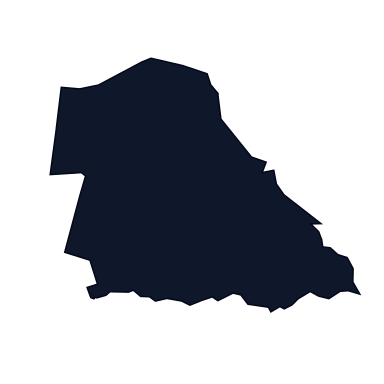 Otsego, New York, United States of America (Equal Earth projection), rotated 256°
{"feature_id": "52423323B75499738856279", "entity_name": "Otsego", "entity_type": "district", "adm_level": 2, "iso_a3": "USA", "parent_name": "United States of America", "parent_adm1": "New York", "projection": "equal_earth", "projection_center": [-75.145, 42.611], "detail": "fine", "context": "isolated", "style": "filled", "palette": "ink", "viewbox_px": 384, "rotation_deg": 256, "n_neighbors": 0, "source": "geoboundaries", "source_scale": "gbopen_adm2", "svg_char_len": 967}
<svg xmlns="http://www.w3.org/2000/svg" viewBox="0 0 384 384"><g transform="rotate(256 192 192)"><path d="M124.8,67.1L114.1,68.2L112.1,71.0L113.2,72.4L112.3,74.2L112.6,83.5L115.1,88.3L110.2,106.2L110.9,111.3L103.1,116.9L100.7,125.3L95.0,130.1L94.8,141.9L88.8,155.4L82.7,162.6L84.5,175.5L85.3,186.3L80.3,190.8L84.0,207.3L80.3,214.5L69.6,219.1L61.7,238.3L56.6,239.5L59.6,249.6L56.3,253.2L58.2,261.6L62.7,269.1L66.9,282.6L60.4,289.6L55.4,299.0L59.8,311.8L58.4,319.8L52.3,330.1L65.8,326.3L78.7,329.8L90.8,326.7L96.0,318.3L104.4,312.7L107.1,305.6L114.3,306.3L122.8,305.3L132.3,299.5L130.1,309.5L167.1,280.5L179.3,275.8L193.3,276.6L193.9,264.8L203.0,271.2L211.5,258.2L255.8,237.7L279.5,240.6L281.2,241.1L291.5,236.1L303.0,235.3L316.9,213.6L331.7,184.6L330.3,174.8L318.4,127.0L319.2,108.0L325.2,90.5L288.6,76.5L284.3,74.9L243.2,58.6L237.6,89.3L233.3,92.6L216.3,82.7L164.3,53.9L150.5,76.5L125.4,78.0L124.8,67.1Z" fill="#0f172a" stroke="#020617" stroke-width="1.5"/></g></svg>